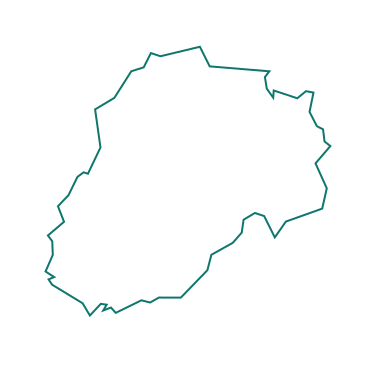 outline of Zelenikovo, Zelenikovo, North Macedonia, rotated 193°
{"feature_id": "65306769B35230400843522", "entity_name": "Zelenikovo", "entity_type": "district", "adm_level": 2, "iso_a3": "MKD", "parent_name": "North Macedonia", "parent_adm1": "Zelenikovo", "projection": "robinson", "projection_center": [21.57, 41.832], "detail": "fine", "context": "isolated", "style": "outline", "palette": "teal", "viewbox_px": 384, "rotation_deg": 193, "n_neighbors": 0, "source": "geoboundaries", "source_scale": "gbopen_adm2", "svg_char_len": 848}
<svg xmlns="http://www.w3.org/2000/svg" viewBox="0 0 384 384"><g transform="rotate(193 192 192)"><path d="M297.5,186.4L302.0,186.8L307.0,181.0L311.6,161.2L319.4,148.0L310.0,134.2L322.6,117.2L317.1,112.6L313.5,99.4L316.8,81.6L307.2,78.1L312.1,74.6L307.5,70.2L273.6,59.0L263.7,48.7L255.7,62.5L249.8,63.0L251.8,56.6L245.0,61.2L239.1,57.1L216.9,75.1L207.9,74.9L200.5,81.7L179.1,86.6L159.4,119.3L159.0,135.2L140.8,151.7L134.4,163.6L135.5,176.6L126.0,185.7L116.3,184.8L101.1,166.4L93.9,184.3L61.4,205.1L61.5,225.9L78.1,247.7L67.5,267.9L74.2,271.0L78.4,282.5L85.1,284.2L95.5,296.5L96.0,316.2L103.6,315.9L110.5,307.0L135.2,309.3L134.1,302.2L142.4,309.5L146.8,320.4L143.8,327.0L203.0,318.4L217.0,335.3L253.2,317.2L263.3,318.1L267.1,302.6L278.3,296.0L288.8,266.3L305.0,250.7L291.2,214.8L297.5,186.4Z" fill="none" stroke="#0f766e" stroke-width="2"/></g></svg>